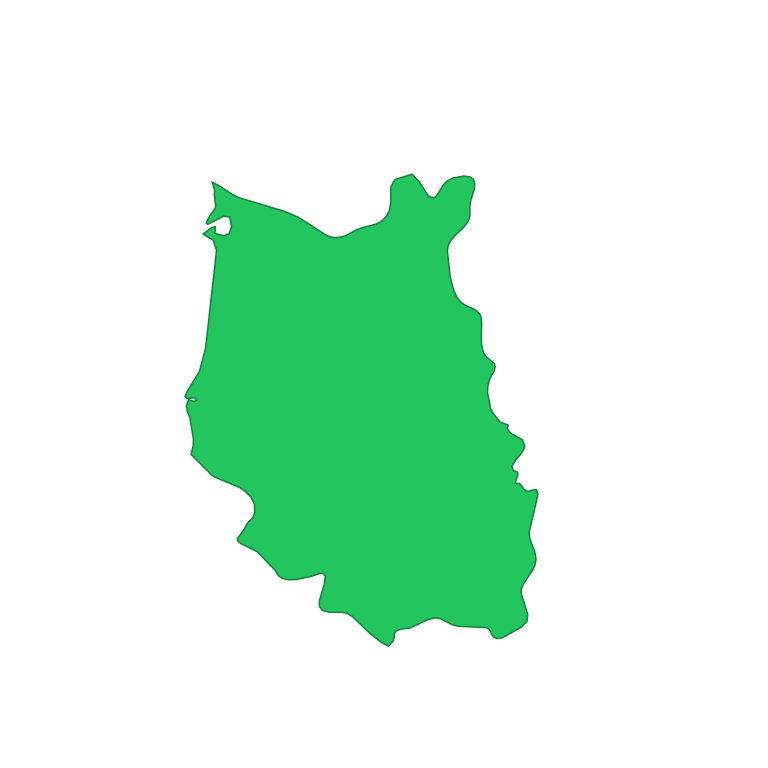 the Province of Quàng Nam, rotated 219°
{"feature_id": "VNM-487", "entity_name": "Quàng Nam", "entity_type": "Province", "adm_level": 1, "iso_a3": "VNM", "parent_name": "Vietnam", "parent_adm1": "", "projection": "natural_earth1", "projection_center": [107.941, 15.525], "detail": "fine", "context": "isolated", "style": "filled", "palette": "green", "viewbox_px": 768, "rotation_deg": 219, "n_neighbors": 0, "source": "natural_earth", "source_scale": "10m", "svg_char_len": 2547}
<svg xmlns="http://www.w3.org/2000/svg" viewBox="0 0 768 768"><g transform="rotate(219 384 384)"><path d="M149.0,259.6L151.7,258.7L174.1,242.2L179.9,239.7L192.2,237.2L196.9,234.6L201.7,228.3L210.6,210.2L215.3,205.5L219.2,200.2L218.8,196.8L216.6,193.8L215.2,189.5L215.5,183.0L224.3,181.5L239.3,181.3L261.7,183.4L268.4,182.7L273.4,179.8L282.5,172.4L289.4,169.3L294.2,170.5L297.7,174.7L304.5,190.9L308.6,197.6L311.2,198.6L313.9,197.3L320.2,187.8L328.8,177.1L334.7,172.0L340.8,168.9L345.3,168.6L352.0,170.8L377.0,173.9L394.7,169.9L398.7,169.9L400.6,171.4L401.3,183.5L401.7,186.5L402.4,189.5L402.4,191.7L402.0,194.2L401.9,197.7L403.5,202.9L409.3,209.2L416.2,212.3L424.6,213.3L431.1,212.7L457.6,205.0L460.2,204.8L489.3,207.8L489.5,207.7L493.2,215.5L497.1,220.9L514.1,236.0L519.2,238.7L523.7,242.5L526.2,249.1L522.7,249.9L520.1,251.7L519.5,253.5L521.8,254.3L523.7,253.0L526.0,250.5L528.3,248.6L530.7,249.1L532.3,254.2L535.3,277.6L545.4,299.9L598.2,382.4L607.1,388.2L619.1,386.7L616.2,397.5L614.0,400.1L610.3,394.8L606.5,396.1L601.7,398.6L598.9,403.0L601.5,410.3L609.1,416.7L614.3,413.3L621.5,397.1L623.5,397.1L625.3,404.9L625.7,414.3L627.5,417.1L635.3,424.6L637.0,427.1L638.5,428.6L644.4,432.7L643.6,432.9L635.9,434.5L622.2,435.7L613.5,437.7L570.9,455.2L555.3,459.7L523.1,463.2L518.4,464.4L514.1,467.1L510.0,471.0L507.1,475.0L502.9,485.6L499.5,491.5L491.3,502.5L488.5,508.4L487.6,515.4L489.0,522.3L493.4,530.0L502.4,540.9L503.7,546.4L503.9,550.2L494.2,564.7L484.1,563.4L468.3,558.1L464.0,558.7L461.7,561.6L461.9,566.8L463.2,576.1L462.6,581.7L459.8,587.8L452.8,595.9L447.7,599.0L443.2,599.4L439.7,596.9L436.5,592.6L432.4,581.9L429.7,577.0L422.7,568.3L420.9,563.2L420.7,556.5L422.3,543.2L422.4,537.0L421.1,531.8L418.6,527.4L400.4,509.3L389.5,501.1L381.8,497.2L375.5,495.8L370.1,496.4L359.7,499.1L353.9,498.8L350.1,496.7L346.0,492.3L337.6,481.2L332.9,476.1L326.3,470.8L321.1,469.4L311.0,469.3L308.5,467.5L306.8,463.9L305.9,458.8L304.7,453.5L302.1,447.9L298.0,442.3L285.3,431.8L279.7,429.6L270.0,427.5L261.6,430.2L260.6,427.1L254.9,425.4L241.0,427.8L235.0,423.8L233.6,417.0L233.8,408.1L232.9,400.5L228.5,397.9L226.1,399.4L224.3,399.4L222.9,397.9L221.9,395.0L220.1,390.4L218.5,390.0L216.9,391.4L215.0,392.0L208.6,390.1L206.3,390.2L203.0,392.9L201.0,396.3L198.7,397.8L194.8,395.0L177.7,359.9L173.5,355.7L161.2,348.5L155.8,343.8L152.8,338.5L151.3,332.5L149.8,316.8L148.4,311.3L145.1,307.3L127.3,295.4L123.6,289.8L124.1,282.0L132.2,261.4L135.8,257.3L139.7,256.3L143.0,257.4L146.0,259.0L149.0,259.6Z" fill="#22c55e" stroke="#15803d" stroke-width="1.5"/></g></svg>